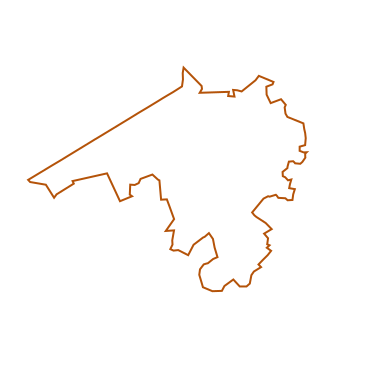 Middlesex, Massachusetts, United States of America, rotated 327°
{"feature_id": "52423323B1907827935694", "entity_name": "Middlesex", "entity_type": "district", "adm_level": 2, "iso_a3": "USA", "parent_name": "United States of America", "parent_adm1": "Massachusetts", "projection": "natural_earth1", "projection_center": [-71.366, 42.447], "detail": "fine", "context": "isolated", "style": "outline", "palette": "amber", "viewbox_px": 384, "rotation_deg": 327, "n_neighbors": 0, "source": "geoboundaries", "source_scale": "gbopen_adm2", "svg_char_len": 1946}
<svg xmlns="http://www.w3.org/2000/svg" viewBox="0 0 384 384"><g transform="rotate(327 192 192)"><path d="M279.8,245.6L275.6,241.7L278.4,238.8L282.1,235.6L278.9,234.5L278.2,230.4L276.8,228.2L278.9,224.5L285.0,223.9L286.1,222.6L289.8,219.3L293.6,221.3L294.0,222.9L294.1,224.1L298.2,227.3L300.9,226.9L305.8,224.9L306.3,223.9L307.8,221.5L309.8,221.1L307.2,219.6L304.7,216.1L307.0,212.6L312.4,214.3L316.7,208.8L319.0,204.2L320.4,200.4L322.8,195.1L321.1,192.7L312.9,181.0L313.1,177.2L315.8,171.5L318.1,170.0L317.2,162.7L306.4,160.3L307.6,151.0L311.7,144.2L318.2,145.6L320.3,144.1L311.3,131.0L306.1,132.9L288.4,134.7L285.3,131.3L282.1,128.8L279.6,135.1L274.6,131.2L277.5,128.1L252.5,113.0L256.5,111.0L257.8,108.3L252.7,83.1L249.0,87.2L245.7,92.7L241.1,98.0L230.4,97.9L224.0,97.6L218.7,97.4L213.5,97.3L200.0,96.9L195.0,96.7L192.5,96.6L189.6,96.5L181.2,96.3L167.2,95.9L141.0,95.1L140.7,95.1L139.4,95.0L134.7,94.9L106.7,94.1L98.8,93.9L89.0,93.5L61.2,92.6L61.7,95.5L73.4,106.3L73.2,121.7L77.2,120.2L97.4,120.6L97.8,117.8L130.9,130.1L126.6,160.5L139.4,162.9L138.4,160.3L144.2,152.2L147.8,154.9L152.1,155.5L156.0,153.0L168.3,155.8L170.2,163.1L171.0,164.5L161.9,181.6L166.9,184.5L165.3,191.7L162.2,205.0L148.8,210.4L156.0,214.4L149.1,221.8L147.0,225.5L142.7,228.1L144.6,231.1L148.8,233.2L154.4,242.9L164.6,237.1L176.5,236.2L178.2,236.5L183.8,235.7L184.0,242.8L180.7,250.9L177.9,260.5L173.2,259.7L166.5,260.4L164.9,259.8L162.4,259.1L156.6,261.2L153.0,265.4L150.2,274.9L149.3,277.8L155.1,286.3L163.2,291.2L168.0,288.5L179.0,287.9L180.6,297.2L186.3,300.9L190.6,300.3L196.5,294.1L200.6,292.4L209.0,292.6L208.3,289.0L214.2,287.6L221.0,286.2L226.3,284.4L224.4,279.5L228.0,278.9L226.6,276.8L230.6,272.2L229.8,266.2L238.6,266.5L236.9,258.1L232.4,248.0L231.6,245.4L231.3,241.9L248.4,236.5L253.5,237.0L254.6,238.2L260.8,240.0L261.1,241.3L261.2,243.9L266.9,248.1L267.7,251.0L271.9,253.4L275.6,249.1L279.8,245.6Z" fill="none" stroke="#b45309" stroke-width="2"/></g></svg>